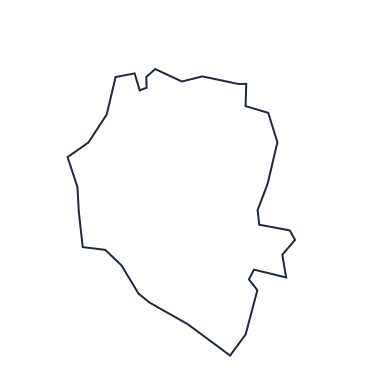 outline of Boz, Andijon, Uzbekistan, rotated 31°
{"feature_id": "79887680B29412867637503", "entity_name": "Boz", "entity_type": "district", "adm_level": 2, "iso_a3": "UZB", "parent_name": "Uzbekistan", "parent_adm1": "Andijon", "projection": "robinson", "projection_center": [71.9, 40.715], "detail": "fine", "context": "isolated", "style": "outline", "palette": "slate", "viewbox_px": 384, "rotation_deg": 31, "n_neighbors": 0, "source": "geoboundaries", "source_scale": "gbopen_adm2", "svg_char_len": 605}
<svg xmlns="http://www.w3.org/2000/svg" viewBox="0 0 384 384"><g transform="rotate(31 192 192)"><path d="M67.4,226.2L91.3,246.8L105.2,267.3L126.7,295.5L147.4,286.3L169.3,291.2L198.6,306.7L212.4,308.6L223.7,308.4L256.4,307.5L308.9,312.6L311.3,286.3L298.6,242.5L285.8,237.6L285.1,226.6L316.7,216.8L301.7,199.2L305.0,180.0L295.6,174.6L266.5,185.4L257.6,173.8L252.6,146.1L239.6,105.4L216.6,84.9L193.7,90.8L182.8,71.4L176.2,75.5L141.3,87.6L126.4,102.5L97.1,105.6L93.6,117.0L99.4,126.0L94.8,131.8L81.7,119.9L67.3,132.8L79.0,169.5L77.7,202.9L67.4,226.2Z" fill="none" stroke="#1e293b" stroke-width="2"/></g></svg>